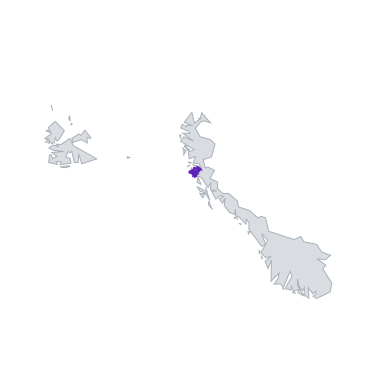 location of Tromsø nor, Troms, Norway, rotated 282°
{"feature_id": "86288312B12055584821312", "entity_name": "Tromsø nor", "entity_type": "district", "adm_level": 2, "iso_a3": "NOR", "parent_name": "Norway", "parent_adm1": "Troms", "projection": "orthographic", "projection_center": [18.78, 69.672], "detail": "fine", "context": "in_parent", "style": "filled", "palette": "violet", "viewbox_px": 384, "rotation_deg": 282, "n_neighbors": 0, "source": "geoboundaries", "source_scale": "gbopen_adm2", "svg_char_len": 8287}
<svg xmlns="http://www.w3.org/2000/svg" viewBox="0 0 384 384"><g transform="rotate(282 192 192)"><path d="M225.8,196.1L218.4,200.0L219.6,202.4L217.8,209.5L209.0,206.7L206.9,215.1L200.8,216.0L196.9,222.6L198.3,227.9L192.6,238.4L187.0,240.6L185.8,252.4L180.0,262.2L182.5,264.1L182.0,269.3L169.5,275.3L166.7,301.8L171.1,307.5L166.6,312.0L166.7,324.8L160.2,331.4L158.9,340.7L153.4,336.3L152.7,328.0L148.3,338.1L144.0,336.0L131.8,347.8L122.8,347.8L113.8,335.9L115.3,332.1L118.4,334.8L120.6,333.4L117.5,331.4L122.4,325.7L112.4,328.4L114.9,322.9L121.8,321.9L118.5,320.5L122.4,316.0L129.0,313.4L122.8,314.5L113.7,322.7L115.5,316.6L118.9,316.9L116.0,311.6L120.2,309.0L116.5,308.9L116.9,303.2L130.4,307.3L134.9,304.4L118.0,301.3L120.5,297.5L118.9,291.5L125.8,294.3L130.8,294.1L121.2,287.9L141.8,283.8L133.0,282.3L139.4,278.0L145.5,282.8L143.2,277.8L146.9,272.1L160.4,276.1L165.7,269.0L156.0,274.8L153.3,271.6L167.5,255.3L173.8,254.2L176.5,251.0L171.8,251.4L178.0,242.3L176.8,240.1L184.2,238.0L178.9,238.5L179.9,232.7L185.5,226.3L192.9,225.6L187.5,224.2L190.7,220.1L194.0,223.5L194.6,221.1L190.0,216.7L196.8,211.1L198.2,216.1L197.9,209.8L205.1,208.5L199.6,206.8L208.1,198.1L208.9,193.6L211.9,195.8L210.7,193.3L216.0,188.8L215.9,194.2L219.1,186.7L218.2,195.4L221.3,192.7L220.6,187.1L227.3,188.0L224.0,182.4L230.3,180.1L233.9,185.4L239.4,170.2L244.4,172.4L242.0,182.9L247.6,170.7L248.9,177.8L250.6,176.1L252.3,167.5L256.2,168.5L254.5,173.1L256.3,173.0L256.9,179.0L258.5,169.8L269.8,175.3L259.9,180.0L265.3,184.9L271.6,185.0L263.5,195.7L264.2,189.0L262.8,186.4L255.1,181.9L247.7,188.3L247.2,198.5L243.7,204.6L230.4,203.8L225.8,196.1ZM205.3,42.8L209.1,46.4L208.6,52.2L210.5,49.2L211.2,54.0L218.8,61.2L212.6,66.5L204.6,91.9L196.7,78.3L205.9,73.2L197.3,74.6L196.4,70.8L206.9,65.9L204.9,64.6L205.9,62.4L200.1,61.3L199.6,65.6L195.1,67.7L191.2,57.2L194.1,57.5L193.5,52.6L191.1,54.6L191.0,45.6L198.7,45.0L199.2,46.5L195.4,48.9L198.8,52.4L201.5,46.6L204.9,57.9L204.0,47.5L205.3,42.8ZM213.8,36.9L220.2,42.7L221.5,36.6L222.3,37.2L222.1,40.6L225.0,38.0L232.6,43.5L225.4,54.4L215.0,50.8L213.8,49.4L216.6,47.1L211.4,47.0L210.2,44.6L211.7,43.1L209.4,41.6L212.9,42.0L212.5,38.9L213.9,40.4L213.8,36.9ZM219.5,63.2L225.2,69.2L224.4,71.5L230.1,74.4L224.2,81.7L223.0,81.2L223.6,77.8L218.2,79.4L220.1,72.7L215.7,65.1L219.5,63.2ZM195.7,206.2L199.9,204.2L187.5,211.0L193.9,205.4L194.6,199.3L198.1,196.1L195.7,206.2ZM202.5,195.0L208.0,194.7L201.4,199.2L202.5,195.0ZM207.9,191.7L215.6,185.7L211.5,192.1L207.9,191.7ZM188.9,57.6L191.6,64.6L192.1,67.5L189.6,63.9L188.9,57.6ZM192.3,199.8L193.0,205.3L188.6,203.7L192.3,199.8ZM233.4,173.5L230.8,177.6L226.8,176.2L231.3,175.2L233.4,173.5ZM234.2,176.3L233.2,181.0L231.4,179.8L234.2,176.3ZM182.4,211.1L186.8,210.2L181.8,213.4L182.4,211.1ZM247.2,36.5L242.5,38.8L247.3,36.2L247.2,36.5ZM238.1,56.1L241.4,56.4L236.6,57.9L238.1,56.1ZM241.9,169.6L244.7,168.3L245.7,169.1L241.9,169.6ZM236.0,175.0L235.6,177.5L234.6,175.4L236.0,175.0ZM220.6,182.6L220.6,185.1L219.4,184.2L220.6,182.6ZM213.1,121.4L212.8,123.8L211.6,121.9L213.1,121.4ZM234.5,60.4L233.0,60.3L232.7,59.4L234.5,60.4ZM164.7,254.9L165.4,257.0L162.8,256.2L164.7,254.9ZM215.5,182.2L217.0,183.1L217.9,184.5L215.5,182.2ZM210.4,38.6L210.9,40.1L210.0,39.5L210.4,38.6ZM148.4,270.9L145.3,270.6L148.7,269.9L148.4,270.9ZM143.4,273.4L142.0,274.8L141.6,273.9L143.4,273.4ZM181.0,213.9L179.4,215.7L181.3,212.6L181.0,213.9ZM115.3,312.2L114.4,314.8L114.8,311.3L115.3,312.2ZM175.6,240.4L175.1,238.7L176.0,238.9L175.6,240.4ZM265.6,182.5L265.6,184.5L265.4,184.2L265.6,182.5ZM176.2,242.0L174.5,242.2L176.6,241.7L176.2,242.0ZM170.9,245.2L170.9,246.8L170.2,246.2L170.9,245.2ZM116.8,300.8L115.7,302.3L116.1,301.0L116.8,300.8Z" fill="#d9dde1" stroke="#a8b0b8" stroke-width="1"/><path d="M217.8,191.9L217.5,191.9L217.1,191.7L216.6,191.6L216.3,191.6L216.3,191.8L216.3,191.7L216.4,191.8L216.4,192.1L216.2,192.4L216.3,192.8L216.2,192.9L216.2,193.1L216.3,193.2L216.3,193.3L216.0,193.7L215.9,193.9L215.9,194.1L216.0,194.3L215.9,194.3L215.9,194.5L215.9,194.3L215.7,194.1L215.2,194.7L214.8,194.7L215.2,194.6L215.4,194.1L216.0,193.4L215.8,193.1L215.8,192.9L215.8,192.7L216.1,192.1L216.1,191.9L216.2,191.6L216.3,191.1L216.1,190.9L215.8,190.8L215.7,190.9L215.8,190.9L215.9,190.7L215.9,190.3L216.1,189.8L216.1,189.7L215.9,189.5L216.2,189.3L216.2,188.8L216.0,188.6L215.4,188.9L215.1,188.9L214.5,189.2L214.0,189.2L213.6,189.4L213.4,189.7L213.1,189.8L213.1,190.2L213.0,190.5L212.7,190.8L212.6,191.0L212.3,191.4L212.3,191.8L212.3,192.3L212.4,192.6L212.6,192.8L212.8,192.6L212.9,192.4L213.4,192.3L213.5,192.2L213.5,192.4L213.9,192.9L213.8,193.0L213.4,192.4L213.0,192.5L212.9,192.8L212.6,193.0L212.6,193.3L212.7,193.5L213.2,194.0L213.3,194.4L213.6,194.6L213.6,194.4L213.5,194.1L214.3,193.8L214.5,194.1L214.4,194.2L214.4,194.4L214.3,194.5L214.5,194.6L215.1,195.3L215.3,195.3L215.3,195.1L215.5,195.2L215.6,195.4L215.6,195.5L215.8,195.7L216.0,195.7L216.0,196.0L215.9,196.3L216.4,196.0L216.3,195.5L216.5,195.2L217.0,194.8L217.1,194.5L217.0,194.1L217.0,193.6L217.8,192.4L217.8,192.2L217.8,191.9ZM211.4,187.7L211.3,187.8L211.4,188.0L211.1,187.7L210.8,188.0L211.1,188.4L210.9,188.4L210.9,188.5L211.3,188.8L211.5,188.9L211.5,189.0L211.3,189.1L211.2,189.3L211.1,189.8L211.1,190.1L211.0,190.3L211.4,190.5L211.2,190.6L210.9,190.5L210.8,190.4L210.9,190.1L210.8,189.9L210.8,189.7L210.7,189.5L210.9,189.4L210.9,188.9L210.6,188.8L210.3,189.0L210.1,189.5L210.1,189.8L210.0,189.7L210.0,189.3L210.0,189.2L209.6,189.3L209.7,189.2L209.6,189.3L209.7,189.2L209.2,189.2L209.2,189.4L209.3,189.8L209.2,190.1L210.3,190.2L210.7,190.4L210.6,190.5L209.7,190.3L209.4,190.5L208.6,190.2L208.5,190.3L208.7,190.7L208.7,190.9L208.8,191.0L209.0,191.4L209.1,191.5L209.6,191.2L209.6,191.3L209.2,191.6L209.0,192.0L209.1,191.7L208.8,191.3L208.7,191.3L208.4,191.2L208.1,191.5L208.0,191.4L207.9,191.4L207.9,191.5L207.7,191.6L207.7,191.8L207.9,191.8L207.7,191.8L207.8,191.9L207.7,192.0L207.7,192.3L207.6,192.2L207.8,192.4L208.0,192.4L208.4,192.8L208.7,192.9L210.5,192.5L210.8,192.1L211.0,192.3L211.3,192.4L211.6,192.0L211.7,191.7L211.8,191.8L211.8,191.7L211.7,191.7L211.6,191.3L211.3,191.3L211.2,191.2L211.4,190.8L211.4,190.7L211.9,190.5L212.1,190.3L212.4,190.1L212.3,189.9L212.6,189.8L212.9,189.3L212.7,188.8L212.4,188.4L212.2,188.5L212.1,188.4L211.9,188.3L212.0,188.3L211.8,188.2L211.6,188.3L211.6,188.2L211.8,188.1L211.7,187.8L211.4,187.7ZM211.6,186.1L211.7,186.3L211.8,186.5L212.1,186.5L211.9,186.8L211.8,186.7L211.8,186.8L211.7,186.7L211.3,186.6L211.2,186.7L211.2,186.8L211.1,187.0L211.4,187.4L212.0,187.7L212.1,187.9L212.3,187.9L212.2,188.0L212.6,188.4L212.7,188.7L212.8,188.8L213.0,189.0L213.8,188.9L214.3,188.6L214.2,188.3L213.9,188.0L213.4,188.2L213.2,188.0L213.1,187.3L212.9,187.2L212.8,187.4L212.7,187.3L212.8,186.5L212.4,186.2L212.2,186.4L212.0,186.1L211.6,186.1ZM212.2,193.7L212.1,193.3L211.9,193.4L212.0,193.1L211.9,192.9L212.0,192.8L211.9,192.7L211.9,192.4L211.5,192.6L210.7,192.7L210.1,193.0L210.5,193.4L211.0,193.6L211.1,193.9L212.2,193.7ZM211.0,185.1L210.9,185.3L210.9,185.6L211.2,185.6L211.0,185.8L210.9,185.9L211.0,186.0L211.3,186.1L211.3,185.9L211.4,185.6L211.5,185.7L211.5,185.3L211.0,185.1ZM212.7,190.1L212.5,190.4L212.3,190.4L212.1,190.5L212.2,190.8L212.2,190.7L212.1,191.1L212.1,191.3L212.4,191.1L212.5,191.0L212.4,190.9L212.5,190.9L212.5,190.7L212.7,190.4L212.7,190.1ZM210.6,188.2L210.1,188.0L209.9,188.2L209.8,188.4L209.9,188.6L210.0,188.6L210.3,188.5L210.5,188.6L210.6,188.4L210.6,188.2ZM208.2,190.6L208.4,190.8L208.1,190.8L208.2,191.0L208.5,190.9L208.5,190.7L208.4,190.7L208.2,190.6ZM208.8,189.4L208.5,189.6L208.4,189.7L208.7,190.0L208.9,189.9L208.9,189.7L208.8,189.4ZM210.4,185.3L210.2,185.5L210.3,185.6L210.2,185.6L210.4,185.7L210.5,185.5L210.5,185.4L210.4,185.3ZM211.8,190.8L211.6,190.9L211.4,190.9L211.5,191.0L211.8,190.8ZM208.4,190.3L208.4,190.6L208.5,190.6L208.4,190.3ZM208.1,189.7L207.9,189.7L208.1,189.9L208.1,189.7ZM207.5,191.0L207.4,191.1L207.5,191.2L207.5,191.3L207.6,191.2L207.6,191.3L207.6,191.2L207.5,191.0ZM208.3,189.2L208.3,189.3L208.3,189.5L208.4,189.4L208.3,189.2ZM211.4,192.5L211.2,192.4L211.1,192.5L211.3,192.5L211.4,192.5ZM207.2,191.4L207.3,191.5L207.2,191.4ZM209.7,188.2L209.6,188.3L209.7,188.5L209.8,188.5L209.7,188.4L209.7,188.2ZM210.3,186.3L210.2,186.4L210.2,186.5L210.3,186.5L210.3,186.4L210.3,186.3Z" fill="#8b5cf6" stroke="#5b21b6" stroke-width="1.5"/></g></svg>